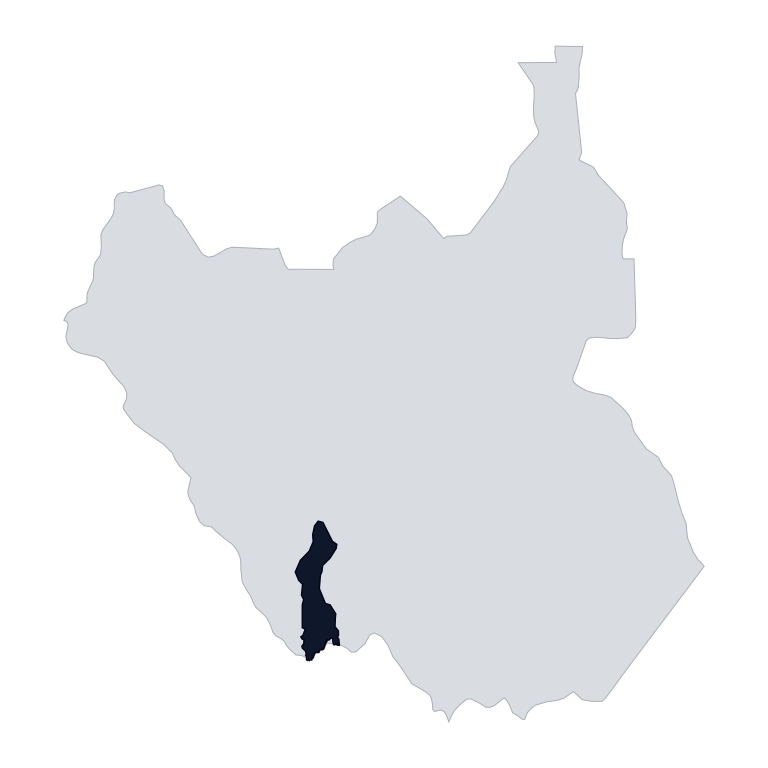 Yambio, Western Equatoria, South Sudan (highlighted)
{"feature_id": "79223893B76948069319823", "entity_name": "Yambio", "entity_type": "district", "adm_level": 2, "iso_a3": "SSD", "parent_name": "South Sudan", "parent_adm1": "Western Equatoria", "projection": "equal_earth", "projection_center": [28.647, 5.178], "detail": "fine", "context": "in_parent", "style": "filled", "palette": "ink", "viewbox_px": 768, "rotation_deg": 0, "n_neighbors": 0, "source": "geoboundaries", "source_scale": "gbopen_adm2", "svg_char_len": 7251}
<svg xmlns="http://www.w3.org/2000/svg" viewBox="0 0 768 768"><path d="M629.8,665.2L606.4,697.0L604.7,698.9L601.8,701.4L592.3,701.4L582.5,699.8L573.4,691.6L564.3,698.0L558.4,700.0L555.0,700.7L546.8,701.8L535.3,705.2L530.1,709.4L527.3,712.8L524.9,719.0L523.8,719.7L521.7,718.9L518.7,716.4L512.6,712.8L509.5,704.9L506.6,700.2L504.3,697.7L494.5,705.5L489.8,707.4L485.9,707.2L478.8,702.7L471.0,699.0L467.0,699.0L461.0,703.7L454.1,710.8L450.6,717.8L448.9,721.9L446.5,715.5L444.2,711.5L440.9,710.0L434.4,711.5L432.8,709.3L432.4,703.9L431.5,698.9L429.8,695.1L424.8,691.4L411.7,683.7L401.7,668.5L396.7,661.5L393.0,656.9L387.8,645.0L381.8,636.7L374.6,632.9L369.9,634.8L365.0,643.6L355.8,651.9L351.5,652.2L346.1,647.7L339.3,644.5L327.1,643.1L322.0,647.0L315.4,653.4L309.8,657.1L306.3,657.6L303.1,656.1L299.4,655.2L296.2,655.1L289.6,649.3L286.3,645.1L284.0,641.0L280.3,638.2L276.0,635.9L272.9,632.2L271.4,627.7L268.9,621.9L265.8,616.6L255.8,607.2L252.8,601.6L250.7,596.2L246.7,590.2L242.3,582.1L240.9,570.4L240.7,561.0L239.8,556.6L238.0,552.2L235.8,548.5L232.3,544.3L224.2,538.3L215.8,531.2L211.8,527.1L204.1,525.7L199.6,521.6L195.7,512.8L194.2,505.7L190.3,500.3L188.7,496.3L187.8,491.7L190.9,477.7L186.4,472.8L179.8,466.4L175.1,459.4L172.2,452.9L163.7,444.4L145.2,431.7L134.5,423.6L128.7,416.3L123.6,409.2L123.1,406.3L126.4,399.2L126.9,393.3L124.2,386.9L113.2,374.7L104.4,361.3L97.7,357.2L81.6,353.5L76.9,352.0L72.1,349.4L67.4,343.4L65.8,336.3L68.2,324.9L66.7,321.4L63.9,320.5L64.7,318.1L67.8,312.6L72.8,309.0L86.1,303.4L86.9,301.2L87.1,294.1L88.2,290.6L92.9,280.8L93.5,276.8L93.8,268.5L94.4,264.5L95.7,261.7L99.4,256.8L100.7,253.9L101.3,247.5L100.9,234.8L102.8,229.7L111.2,218.2L113.5,213.1L114.3,208.5L114.2,203.8L114.7,199.2L117.2,194.7L119.4,193.3L125.5,191.9L129.8,192.8L159.2,184.9L162.6,186.0L164.2,190.7L164.0,198.1L164.5,201.7L166.1,204.3L170.7,207.8L173.9,213.8L175.6,215.9L180.4,220.0L202.2,254.0L208.3,257.2L214.3,256.0L226.2,249.0L232.2,247.2L273.8,249.2L278.5,248.1L278.8,248.3L285.1,265.3L288.1,269.2L333.8,269.4L332.9,264.6L333.5,259.1L341.5,248.7L342.7,247.5L349.7,242.5L356.6,239.1L369.8,235.2L374.7,229.1L377.3,223.4L377.4,212.3L379.1,210.5L382.3,208.0L397.6,198.0L400.2,196.0L427.2,219.0L442.5,237.2L443.4,238.1L444.2,238.5L445.0,237.8L445.6,237.0L447.5,236.2L454.0,235.9L466.3,235.0L470.3,232.9L494.9,200.3L501.1,189.9L502.7,187.8L506.2,180.4L509.9,167.7L510.7,166.2L537.5,135.8L538.5,133.4L538.7,131.4L534.6,121.2L533.7,116.0L533.5,108.0L534.2,95.5L533.9,87.7L533.5,85.5L533.4,85.1L518.2,62.7L556.2,62.5L556.2,59.7L556.1,58.8L555.4,56.1L554.9,52.5L555.0,50.6L555.2,48.7L555.2,47.7L555.1,46.8L555.1,46.4L555.3,46.1L582.5,46.5L582.2,52.9L579.0,67.7L579.1,76.7L578.4,86.8L577.5,89.9L576.1,92.3L575.6,93.5L575.6,94.7L581.6,151.8L581.2,154.2L579.7,157.7L579.3,158.9L579.2,159.8L579.8,160.4L592.5,166.6L593.1,167.0L593.6,167.5L598.1,174.9L623.1,202.0L624.0,203.4L626.6,211.9L626.9,213.2L627.0,215.2L626.9,216.8L626.3,221.9L626.5,224.2L627.0,225.7L627.3,227.5L627.3,228.0L627.1,229.3L623.5,239.2L622.3,246.2L622.0,252.1L622.2,255.5L622.7,257.7L623.0,258.6L623.4,258.9L634.1,258.9L634.1,262.1L635.7,313.8L635.8,319.6L635.4,326.9L634.2,329.8L631.1,333.9L627.3,337.7L617.7,338.6L609.6,338.5L603.9,337.7L596.1,337.3L588.7,338.1L586.0,341.3L576.4,368.9L573.4,375.7L572.7,379.8L573.6,382.2L577.4,385.6L585.8,390.5L595.3,393.4L602.5,394.6L607.4,396.0L611.1,397.5L624.7,410.0L629.1,415.8L631.6,420.9L632.2,426.4L634.2,432.0L646.6,449.2L658.4,457.3L663.0,466.5L667.4,471.0L671.5,475.8L673.8,483.0L679.0,503.7L682.5,514.6L686.1,523.5L687.5,538.0L690.3,544.5L693.3,552.4L698.0,559.5L703.1,565.0L704.1,566.4L653.1,634.1L629.8,665.2Z" fill="#d9dde1" stroke="#a8b0b8" stroke-width="1"/><path d="M318.2,521.2L314.6,525.8L312.7,534.7L313.2,541.8L309.2,551.2L300.4,560.3L295.3,572.0L298.7,580.3L302.6,584.2L301.5,595.1L303.7,599.5L302.3,604.9L302.3,627.7L305.3,629.1L302.8,635.6L300.9,636.8L302.0,638.9L303.9,639.6L303.9,643.4L301.9,646.2L302.4,648.1L305.5,651.1L306.3,654.2L305.7,655.2L305.8,655.3L305.9,655.6L306.1,655.8L306.3,655.8L306.3,656.0L306.3,656.5L306.3,657.0L306.6,657.5L306.6,657.9L306.6,658.1L306.6,658.4L306.6,658.6L306.6,658.9L306.5,659.2L306.5,659.4L306.6,659.6L306.8,659.7L306.9,659.9L306.9,660.1L307.1,660.3L307.3,660.4L307.5,660.1L307.5,659.8L307.7,659.7L307.9,659.8L308.2,659.8L308.4,659.8L308.6,660.1L308.8,660.3L309.1,660.5L309.3,660.6L309.5,660.3L309.7,660.0L309.9,660.0L310.1,659.9L310.3,659.9L310.5,659.9L311.0,660.0L311.3,660.0L311.3,659.7L311.7,659.5L311.8,659.6L311.9,659.2L312.0,659.0L312.1,658.7L312.3,658.3L312.5,658.5L312.8,658.4L312.9,658.0L313.0,657.7L313.3,657.4L313.5,657.1L313.6,656.8L313.7,656.5L313.5,656.2L313.4,656.0L313.7,655.7L313.9,655.5L314.1,655.3L314.1,655.1L313.9,654.7L313.9,654.3L314.2,654.3L314.4,654.3L314.7,654.0L314.7,653.7L314.6,653.4L314.5,653.1L314.6,652.7L314.8,652.8L315.1,652.9L315.5,652.9L315.7,652.7L315.9,652.6L316.1,652.6L316.3,652.5L316.5,652.2L316.8,652.3L317.1,652.4L317.3,652.2L317.6,652.3L317.9,652.3L318.0,652.4L318.2,652.6L318.3,652.6L318.5,652.5L318.6,652.3L318.9,652.3L319.1,652.2L319.2,651.6L319.4,651.1L319.7,650.9L319.7,650.5L319.7,650.3L319.7,650.0L319.8,649.8L320.0,649.6L320.3,649.5L320.5,649.5L320.9,649.7L321.2,649.7L321.5,649.6L321.8,649.4L322.0,649.6L322.1,649.8L322.4,649.5L322.4,649.3L322.6,649.2L322.8,649.1L323.0,649.2L323.1,649.3L323.3,649.1L323.6,649.0L323.7,648.8L323.9,648.7L324.0,648.4L324.0,648.2L323.8,648.0L323.7,647.8L323.9,647.6L324.2,647.5L324.4,647.2L324.5,646.9L324.7,646.7L324.7,646.4L324.7,646.2L324.7,645.8L324.7,645.6L324.9,645.4L324.9,645.2L325.0,644.9L325.4,644.7L325.6,644.5L325.6,644.4L325.6,644.2L325.5,643.8L325.4,643.7L325.2,643.4L325.2,643.1L325.2,642.9L325.3,642.7L325.6,642.5L325.9,642.3L326.0,642.4L326.1,642.5L326.3,642.5L326.4,642.4L326.5,642.0L326.6,641.9L326.8,641.6L326.9,641.4L326.8,641.2L326.5,641.2L326.4,641.0L326.4,640.9L326.5,640.7L326.6,640.8L326.8,640.7L326.9,640.4L327.0,640.1L327.0,639.9L327.3,639.8L327.3,640.1L327.5,640.3L327.9,640.1L328.0,639.9L328.5,639.9L328.6,639.7L328.8,639.7L328.9,639.9L329.1,639.9L329.3,639.8L329.4,639.7L329.6,639.4L329.6,639.2L329.8,639.1L329.8,638.8L329.9,638.7L330.0,638.8L330.1,638.7L330.3,638.6L330.3,638.4L330.5,638.4L330.7,638.2L330.8,638.0L330.9,637.9L331.0,637.9L331.1,638.0L331.3,638.1L331.5,638.1L331.9,638.3L332.2,638.3L332.3,638.3L332.4,638.1L332.5,638.2L332.5,638.4L332.7,638.6L332.8,638.8L332.9,639.0L333.0,639.1L333.0,639.4L332.8,639.4L332.7,639.6L332.7,639.9L332.7,640.1L332.8,640.4L333.0,640.6L333.1,640.9L333.1,641.2L332.9,641.5L333.0,641.8L333.0,642.0L333.1,642.3L333.0,642.7L333.0,643.0L333.2,643.5L333.4,643.8L333.4,644.1L333.6,644.2L333.7,644.4L333.8,644.7L334.0,644.8L334.3,644.9L334.4,644.7L334.5,644.6L334.9,644.6L335.0,644.3L335.1,644.1L335.4,644.0L335.5,644.0L335.8,644.2L336.1,644.0L336.2,644.3L336.3,644.3L336.5,644.3L336.6,644.6L336.9,644.7L337.0,644.8L337.2,645.0L337.3,644.9L337.4,645.0L337.6,645.2L338.0,645.2L338.1,644.8L338.3,644.6L338.5,645.0L338.9,645.2L339.0,645.3L339.4,645.2L338.8,639.2L337.5,637.4L338.5,635.2L338.4,630.9L335.0,626.7L335.3,618.3L335.7,613.8L330.1,604.9L325.4,603.5L319.3,588.6L320.4,575.1L321.9,571.6L322.6,565.5L330.2,557.9L336.1,548.5L336.8,544.4L332.4,541.3L322.9,522.4L318.2,521.2Z" fill="#0f172a" stroke="#020617" stroke-width="1.5"/></svg>